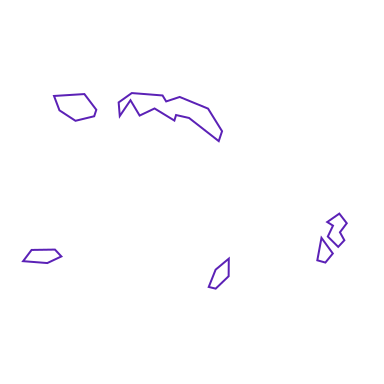 Maluku, Mercator projection, rotated 8°
{"feature_id": "IDN-554", "entity_name": "Maluku", "entity_type": "Province", "adm_level": 1, "iso_a3": "IDN", "parent_name": "Indonesia", "parent_adm1": "", "projection": "mercator", "projection_center": [130.68, -5.566], "detail": "coarse", "context": "isolated", "style": "outline", "palette": "violet", "viewbox_px": 384, "rotation_deg": 8, "n_neighbors": 0, "source": "natural_earth", "source_scale": "10m", "svg_char_len": 743}
<svg xmlns="http://www.w3.org/2000/svg" viewBox="0 0 384 384"><g transform="rotate(8 192 192)"><path d="M213.3,127.6L211.4,137.9L178.8,119.1L165.5,118.0L164.6,123.7L143.3,114.5L129.5,123.6L118.3,109.7L109.9,126.8L106.9,113.5L118.6,102.4L149.4,100.5L153.8,105.9L166.6,99.6L196.3,107.2L213.3,127.6ZM85.8,123.9L84.6,130.6L66.7,137.7L49.4,129.6L42.0,116.1L71.8,110.0L85.8,123.9ZM349.6,218.6L344.4,226.0L332.7,217.2L336.3,205.7L330.1,202.9L340.9,192.9L349.6,201.4L344.1,211.3L349.6,218.6ZM237.7,252.9L240.0,270.3L228.9,284.4L221.8,283.7L226.2,265.6L237.7,252.9ZM71.6,274.0L58.6,282.5L34.4,284.0L41.2,271.7L64.3,268.1L71.6,274.0ZM340.0,233.3L333.9,243.3L325.6,242.2L326.6,219.4L340.0,233.3Z" fill="none" stroke="#5b21b6" stroke-width="2"/></g></svg>